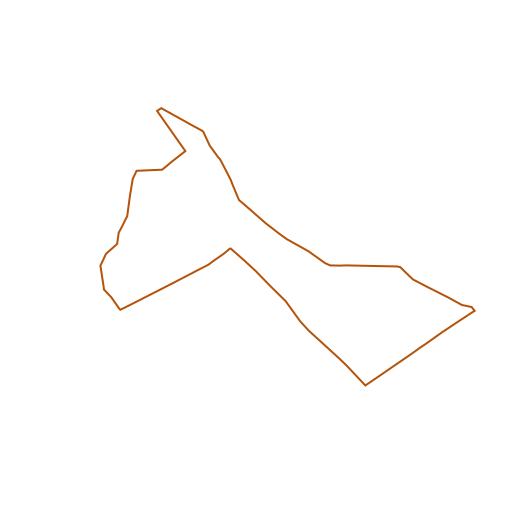 the district of Bayangol, Ulaanbaatar, Mongolia, rotated 233°
{"feature_id": "93677404B56181077288727", "entity_name": "Bayangol", "entity_type": "district", "adm_level": 2, "iso_a3": "MNG", "parent_name": "Mongolia", "parent_adm1": "Ulaanbaatar", "projection": "albers", "projection_center": [106.848, 47.91], "detail": "fine", "context": "isolated", "style": "outline", "palette": "amber", "viewbox_px": 512, "rotation_deg": 233, "n_neighbors": 0, "source": "geoboundaries", "source_scale": "gbopen_adm2", "svg_char_len": 1221}
<svg xmlns="http://www.w3.org/2000/svg" viewBox="0 0 512 512"><g transform="rotate(233 256 256)"><path d="M381.4,233.0L389.8,220.8L395.9,211.9L391.8,204.0L389.9,202.0L379.4,191.0L365.2,177.0L364.2,174.7L361.1,168.7L357.2,160.3L355.0,158.2L349.3,152.4L349.1,151.2L348.0,137.4L345.0,131.9L342.0,126.0L330.0,119.5L321.1,114.7L320.7,114.4L310.2,115.6L296.0,115.1L294.7,115.3L293.1,123.8L288.5,149.7L283.9,176.1L280.0,199.5L277.7,212.7L277.7,219.4L277.2,231.2L277.6,239.3L277.2,240.3L259.1,244.0L244.2,246.7L223.7,249.3L202.1,252.5L176.9,252.0L164.7,253.2L157.7,254.5L146.5,256.6L124.6,260.7L113.5,262.5L108.8,263.0L88.7,265.2L86.8,265.4L86.3,275.6L85.4,295.7L84.3,320.8L84.0,332.8L83.7,337.4L83.1,358.4L82.3,372.5L80.9,394.6L80.6,397.6L85.5,397.5L92.9,391.0L107.5,384.4L128.8,373.9L140.8,368.2L142.6,367.3L147.8,366.4L160.3,364.5L162.9,362.2L174.5,347.4L194.2,322.4L198.0,317.0L203.9,309.5L208.7,306.9L222.6,302.5L227.9,300.9L251.0,290.7L259.4,288.1L276.1,283.5L296.3,279.3L311.0,276.1L328.1,280.5L331.8,281.6L343.8,283.7L354.7,285.5L358.1,285.2L372.2,285.5L387.0,288.7L388.5,288.3L400.2,283.0L420.0,274.2L431.1,269.3L431.4,264.3L382.3,262.7L382.0,245.6L381.4,233.0Z" fill="none" stroke="#b45309" stroke-width="2"/></g></svg>